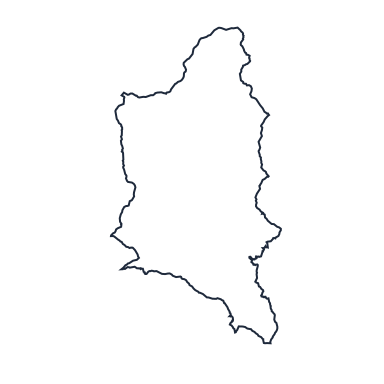 outline of Nistoresti, Vrancea, Romania, rotated 83°
{"feature_id": "2599482B47206527593965", "entity_name": "Nistoresti", "entity_type": "district", "adm_level": 2, "iso_a3": "ROU", "parent_name": "Romania", "parent_adm1": "Vrancea", "projection": "orthographic", "projection_center": [26.576, 45.784], "detail": "fine", "context": "isolated", "style": "outline", "palette": "slate", "viewbox_px": 384, "rotation_deg": 83, "n_neighbors": 0, "source": "geoboundaries", "source_scale": "gbopen_adm2", "svg_char_len": 6049}
<svg xmlns="http://www.w3.org/2000/svg" viewBox="0 0 384 384"><g transform="rotate(83 192 192)"><path d="M260.1,271.5L260.2,270.1L259.8,269.7L260.2,267.9L258.7,265.2L259.0,263.7L259.5,263.0L259.2,258.0L261.1,255.8L261.1,254.7L261.6,253.7L261.3,252.9L261.4,252.2L262.2,252.1L262.0,251.5L262.2,250.1L265.4,249.7L266.1,248.6L267.0,248.9L267.7,248.4L267.8,247.1L265.8,245.1L265.3,243.9L265.5,242.9L265.2,241.8L265.6,240.3L266.1,239.4L266.2,236.8L269.6,231.8L270.2,228.7L270.0,225.9L270.1,224.1L271.5,222.1L272.7,221.4L274.5,218.2L274.5,213.7L275.0,213.1L276.3,212.9L277.0,212.3L277.6,210.2L278.8,208.6L280.7,207.8L282.6,206.1L284.1,205.8L285.8,203.4L288.0,202.2L289.8,200.7L291.8,197.9L292.8,197.4L293.0,196.3L294.6,193.6L298.4,190.1L298.7,188.4L300.4,184.7L301.0,181.0L300.5,179.7L302.0,176.4L302.8,175.7L303.7,174.2L306.2,173.6L306.3,173.1L310.8,170.8L312.4,170.5L315.4,169.2L316.5,169.3L317.2,168.6L318.6,168.5L319.7,169.7L319.7,169.3L320.1,169.1L319.6,168.2L321.4,166.9L323.5,166.8L324.8,167.1L325.2,167.5L324.7,167.8L326.3,169.0L326.9,169.9L328.2,170.6L329.3,169.0L331.3,167.8L332.3,167.6L333.2,166.6L336.7,166.4L336.5,165.6L335.8,165.4L334.4,163.9L331.1,162.0L331.7,158.0L332.5,155.7L334.3,153.7L335.4,150.1L337.1,149.1L338.5,147.0L340.0,145.9L341.4,144.2L342.9,143.6L344.5,141.0L346.3,139.9L346.8,139.2L347.7,139.4L350.6,139.1L351.0,138.0L351.1,135.9L351.7,132.5L350.4,132.6L348.0,131.4L346.2,129.6L345.3,129.4L343.2,127.4L341.7,126.6L340.9,125.6L339.1,124.4L337.7,123.9L336.0,123.7L332.2,124.2L330.9,125.4L328.6,125.9L324.3,124.8L323.3,125.0L322.1,126.0L321.4,126.2L320.1,127.4L319.0,127.3L317.3,128.0L315.1,128.0L314.8,127.7L313.5,128.2L312.0,128.1L310.5,128.8L306.9,129.1L307.1,130.3L306.8,130.9L305.8,131.4L305.7,131.8L304.9,131.9L304.8,132.6L305.2,133.5L305.0,134.1L304.3,134.4L304.2,135.7L303.2,136.0L302.1,135.0L300.3,134.3L299.3,133.3L298.1,133.4L296.6,135.0L294.6,135.9L293.9,137.1L290.6,137.5L289.7,139.3L288.7,139.7L288.6,140.0L285.3,137.9L281.3,137.9L280.1,137.3L279.2,137.6L277.4,137.3L273.7,135.8L272.5,135.6L271.9,136.0L271.9,137.4L272.2,138.1L271.6,138.6L271.5,139.1L271.8,139.5L271.5,140.0L270.6,139.9L268.7,141.6L267.6,140.8L266.5,140.7L266.3,141.4L264.3,143.1L263.4,142.9L263.4,141.9L265.5,140.6L266.1,139.2L266.6,138.7L266.5,138.0L265.9,137.5L265.8,136.5L265.0,136.4L265.0,136.0L264.1,136.4L263.7,136.2L264.2,134.9L264.2,133.7L264.6,133.3L264.3,131.3L259.9,129.3L259.8,129.0L259.3,129.2L258.8,128.3L257.9,127.6L256.3,128.6L256.4,127.2L254.8,125.7L255.9,125.5L256.0,124.7L255.9,124.4L256.3,123.5L252.2,123.5L250.9,124.1L250.5,123.1L250.5,119.8L248.2,117.1L247.8,117.1L247.6,116.2L248.2,114.9L247.4,114.5L246.2,111.6L244.3,110.4L242.8,110.1L240.8,108.5L239.3,108.3L237.7,109.9L236.9,111.7L233.9,114.6L233.4,116.9L229.7,120.3L227.7,121.2L226.2,122.6L223.3,122.6L222.4,124.1L222.1,124.0L222.2,123.6L221.7,123.8L222.0,125.1L220.9,124.6L219.7,126.1L217.7,127.1L215.8,129.3L214.0,130.2L212.2,129.9L210.6,129.1L208.4,129.7L207.2,128.9L205.1,129.7L201.6,127.8L197.2,124.1L194.2,124.4L193.7,123.7L192.9,123.4L192.0,122.4L188.6,120.4L187.9,118.3L186.0,115.6L186.2,114.5L185.7,114.0L182.7,116.0L181.3,116.1L180.3,116.9L179.3,118.4L176.1,120.3L173.2,119.1L171.5,119.7L170.0,119.4L167.6,119.7L166.2,119.4L164.7,120.4L163.3,120.2L160.0,120.9L159.3,120.8L158.2,119.9L156.2,118.9L150.3,119.8L145.0,115.8L141.9,116.4L139.0,115.0L136.6,114.4L135.2,115.4L134.5,115.3L131.3,112.4L128.8,110.9L126.0,107.8L125.0,106.2L124.0,106.9L123.4,106.9L123.2,107.2L123.3,108.2L122.3,108.9L121.2,110.3L117.6,111.6L114.1,113.8L107.8,116.9L106.4,118.5L105.2,121.3L102.1,122.4L99.2,120.7L96.6,120.0L94.2,120.7L92.9,122.4L92.9,124.5L91.2,125.2L90.9,126.7L90.3,127.8L89.0,127.8L87.2,129.8L80.6,130.1L78.5,128.4L76.5,128.2L74.1,126.3L72.8,125.9L72.5,124.1L71.9,123.1L71.6,121.4L69.4,118.5L69.0,118.3L68.1,118.7L66.6,118.6L65.9,119.0L63.8,118.2L62.7,119.7L62.3,121.2L60.7,121.4L60.1,122.3L57.9,123.1L56.9,123.1L53.5,124.3L52.2,125.5L51.5,125.7L49.5,125.2L46.8,122.6L45.8,122.8L44.9,122.1L44.1,122.2L43.2,121.7L42.2,122.3L40.8,122.0L39.8,122.5L38.6,123.7L37.4,124.2L34.4,126.7L34.6,130.9L34.2,132.8L35.2,138.4L32.9,142.8L32.4,144.4L32.3,145.7L34.2,150.1L38.4,154.6L38.7,156.7L39.8,158.6L40.5,162.5L40.5,163.7L40.8,164.6L42.2,166.1L46.4,168.3L48.4,170.8L48.8,171.8L50.2,173.1L55.1,174.6L59.2,178.7L59.7,180.4L62.7,184.4L64.1,184.8L65.8,184.6L67.0,183.8L69.9,183.0L71.6,183.6L72.4,185.0L73.2,185.5L76.1,186.0L77.4,186.6L79.2,188.1L79.9,189.0L80.5,190.1L81.0,192.5L82.4,194.5L82.6,195.5L87.6,200.3L89.2,201.1L89.7,201.7L90.1,202.7L90.2,204.9L91.3,205.8L90.7,206.6L90.6,207.6L89.3,210.3L89.1,214.2L89.4,216.4L90.3,217.2L91.2,218.9L90.9,221.1L92.1,226.3L91.6,228.7L91.8,232.7L91.3,234.0L89.6,235.2L89.7,235.8L87.0,239.2L86.8,241.1L87.6,242.8L87.7,243.9L85.1,247.5L87.5,250.1L89.3,247.7L89.9,247.6L91.8,248.4L93.3,248.4L96.3,249.2L97.5,253.9L99.0,255.6L99.9,256.1L100.8,257.3L102.3,258.2L110.3,257.8L112.1,256.8L114.7,256.1L116.1,254.5L117.2,254.0L118.1,254.2L119.3,253.5L121.4,253.7L122.0,254.3L122.8,254.1L127.2,254.8L128.3,255.7L131.1,255.1L132.5,256.3L136.1,256.3L137.7,255.7L140.4,255.3L141.8,256.3L142.7,256.0L143.4,256.7L144.3,255.8L145.1,255.7L151.7,256.2L152.5,256.9L153.7,256.5L155.9,256.9L157.5,256.3L158.7,257.3L159.6,257.3L161.3,256.7L166.0,256.1L167.7,255.1L169.0,255.2L170.4,255.9L173.1,255.1L174.2,254.3L175.3,250.5L176.8,248.8L178.5,247.9L180.5,247.6L185.3,249.6L187.6,250.1L189.3,250.0L192.6,252.5L193.1,253.3L193.1,253.9L193.5,254.9L197.7,256.5L198.0,257.8L197.9,259.1L198.6,261.1L201.6,263.3L203.4,263.8L205.5,265.4L209.2,266.9L212.8,267.0L215.1,265.9L215.5,266.4L216.4,266.2L217.9,266.6L218.9,270.1L219.9,271.9L221.5,272.6L222.8,273.6L223.4,275.4L225.2,277.6L225.9,277.8L226.1,275.6L226.7,274.6L230.6,270.8L231.1,270.0L232.5,269.0L232.9,267.9L235.1,267.0L236.4,265.4L238.4,263.9L238.8,262.3L240.0,260.8L239.7,259.2L240.0,258.5L239.9,258.1L240.2,257.5L242.8,255.6L247.4,253.6L249.4,253.4L250.9,252.7L252.6,255.0L253.0,258.9L255.0,263.0L255.2,264.5L256.1,265.4L256.6,267.0L258.8,269.3L260.1,271.5Z" fill="none" stroke="#1e293b" stroke-width="2"/></g></svg>